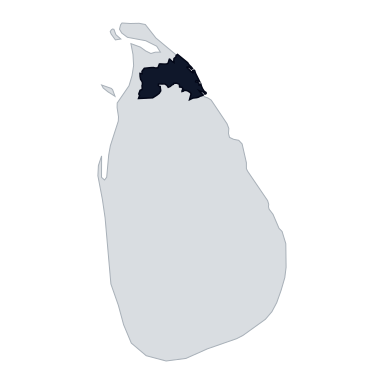 location of Mulativ within Sri Lanka
{"feature_id": "LKA-2458", "entity_name": "Mulativ", "entity_type": "District", "adm_level": 1, "iso_a3": "LKA", "parent_name": "Sri Lanka", "parent_adm1": "", "projection": "orthographic", "projection_center": [80.639, 9.196], "detail": "fine", "context": "in_parent", "style": "filled", "palette": "ink", "viewbox_px": 384, "rotation_deg": 0, "n_neighbors": 0, "source": "natural_earth", "source_scale": "10m", "svg_char_len": 2806}
<svg xmlns="http://www.w3.org/2000/svg" viewBox="0 0 384 384"><path d="M122.0,23.0L130.3,23.5L139.1,23.3L145.3,24.5L155.9,38.0L184.8,62.1L200.6,86.7L202.0,92.0L204.2,96.7L208.0,98.0L211.2,100.1L227.0,123.7L228.8,128.4L228.5,133.6L229.5,137.4L233.6,139.3L238.7,140.3L242.1,143.9L246.4,162.8L246.4,168.7L247.6,171.2L267.6,200.6L268.7,204.2L268.5,206.8L269.1,209.2L273.0,214.3L279.0,228.3L282.1,231.5L285.8,243.7L286.1,267.2L284.8,277.6L281.1,290.3L276.7,302.7L271.9,311.7L265.4,319.3L243.0,335.4L236.6,338.7L207.5,348.8L186.0,358.4L166.1,361.0L146.2,355.7L131.3,343.1L123.6,324.7L118.4,305.4L110.9,284.0L105.1,217.9L102.4,199.4L97.9,175.8L98.4,165.6L101.6,155.9L101.5,177.3L104.5,180.0L106.7,177.2L108.7,155.0L110.4,145.6L118.3,121.1L118.5,116.8L117.1,107.6L117.2,103.0L129.0,85.8L132.0,75.8L133.6,65.6L133.0,54.5L130.9,43.6L140.4,47.1L145.6,50.9L150.9,53.5L155.2,52.2L160.4,52.1L156.7,46.2L145.7,40.7L127.4,37.3L121.7,33.0L119.5,29.2L120.6,24.8L122.0,23.0ZM112.6,89.7L115.0,96.3L107.9,91.8L103.2,88.0L101.6,85.0L111.3,88.4L112.6,89.7ZM120.8,39.0L115.4,39.9L111.2,34.1L110.2,31.6L111.3,29.9L112.5,29.0L113.9,29.3L115.9,34.7L120.8,39.0Z" fill="#d9dde1" stroke="#a8b0b8" stroke-width="1"/><path d="M177.5,54.4L187.7,62.7L187.8,62.9L188.4,63.9L189.3,65.1L191.2,66.9L192.4,68.4L191.3,68.9L191.3,69.0L190.7,68.7L189.8,67.5L189.3,67.2L189.2,67.2L187.7,67.0L187.0,67.2L187.3,67.9L187.5,68.1L191.9,72.3L193.7,73.2L193.0,72.2L192.6,71.2L192.8,70.4L194.0,70.1L194.6,70.5L195.5,73.2L196.3,74.9L199.6,81.5L198.9,81.2L197.1,80.6L196.0,80.5L195.5,81.8L196.1,82.1L197.6,82.3L198.8,83.1L199.0,85.1L199.6,85.1L199.9,84.6L200.1,84.4L200.4,84.3L200.8,84.0L201.3,85.7L201.3,85.9L202.5,88.7L204.2,91.3L205.9,92.4L206.0,92.5L206.2,93.2L205.8,93.8L205.0,94.1L204.7,93.9L203.8,92.4L202.8,91.8L200.4,91.2L199.0,90.6L199.6,91.4L200.0,91.9L203.1,94.9L203.1,95.2L201.7,95.8L200.1,96.2L198.6,97.1L196.9,97.6L192.9,98.1L189.5,99.7L191.1,93.8L190.1,92.4L187.3,90.7L184.6,90.3L183.3,91.2L182.0,91.5L182.1,90.3L183.0,89.1L182.0,87.3L179.6,87.0L179.3,84.2L176.7,83.2L173.8,83.3L173.6,83.7L173.5,84.2L172.7,84.6L171.8,85.0L170.3,86.4L168.2,87.3L166.9,85.3L164.7,83.9L161.7,84.0L160.1,83.9L158.5,84.1L158.3,85.4L159.0,86.3L160.2,86.5L160.3,87.2L160.3,88.0L160.6,89.5L160.7,90.9L159.2,93.3L156.8,95.2L152.7,97.8L138.5,98.5L139.6,95.4L139.2,94.8L138.8,94.0L139.1,93.0L139.5,92.0L139.8,91.0L140.2,90.2L142.1,89.5L142.2,87.7L142.0,85.7L142.4,84.4L142.4,83.1L142.3,82.4L142.2,81.8L140.6,79.3L140.1,76.4L140.0,73.4L142.2,73.7L142.0,71.3L144.3,68.3L150.9,67.6L153.3,67.5L155.6,68.0L157.9,67.8L159.4,64.0L160.5,63.9L164.5,64.1L166.6,64.0L168.1,63.2L169.3,59.2L169.7,59.1L170.4,59.9L172.1,61.4L174.0,62.5L173.8,60.5L174.0,58.5L175.9,57.0L176.1,55.6L176.5,55.2L176.9,54.9L177.5,54.4L177.5,54.4Z" fill="#0f172a" stroke="#020617" stroke-width="1.5"/></svg>